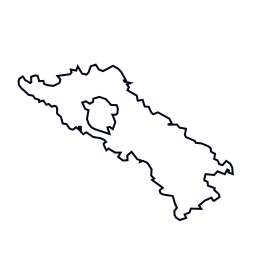 the border of Flemish Brabant, rotated 41°
{"feature_id": "BEL-3475", "entity_name": "Flemish Brabant", "entity_type": "Province", "adm_level": 1, "iso_a3": "BEL", "parent_name": "Belgium", "parent_adm1": "", "projection": "robinson", "projection_center": [4.536, 50.87], "detail": "fine", "context": "isolated", "style": "outline", "palette": "ink", "viewbox_px": 256, "rotation_deg": 41, "n_neighbors": 0, "source": "natural_earth", "source_scale": "10m", "svg_char_len": 2256}
<svg xmlns="http://www.w3.org/2000/svg" viewBox="0 0 256 256"><g transform="rotate(41 128 128)"><path d="M51.0,164.1L46.2,162.8L43.7,166.5L42.5,165.0L38.3,166.8L35.0,165.9L31.4,168.1L20.7,167.9L17.0,166.8L14.5,164.2L13.7,161.8L14.9,158.1L19.0,159.3L24.7,158.1L25.0,156.9L21.3,152.9L23.6,149.0L25.7,148.0L30.3,150.9L33.3,147.9L35.8,149.7L38.8,148.7L44.1,145.2L46.7,139.0L45.1,135.7L40.6,135.0L48.9,125.5L49.0,123.2L46.5,121.4L51.2,118.7L49.6,114.4L57.7,117.1L61.7,114.8L61.8,112.0L59.4,105.8L62.1,101.4L67.7,103.0L71.8,101.5L75.9,90.9L81.9,89.7L86.2,90.2L94.9,93.3L93.7,94.9L94.8,95.4L100.3,92.4L98.6,95.8L101.9,96.6L102.8,99.9L113.4,97.8L117.4,101.0L120.6,97.2L126.5,100.8L129.7,98.4L135.3,101.0L138.0,101.1L140.3,96.6L153.1,93.8L157.8,95.9L155.8,99.4L162.7,93.3L166.6,93.9L172.3,90.5L175.3,95.7L177.6,96.9L186.7,93.9L188.9,94.7L193.6,91.4L200.4,89.2L203.7,89.0L206.1,91.4L210.6,90.4L213.4,94.8L217.0,93.7L220.6,95.5L223.7,93.9L223.7,88.4L228.6,87.9L232.5,89.3L237.3,94.1L232.9,95.6L232.0,93.8L230.2,94.2L231.4,99.4L224.0,102.0L223.9,106.9L216.8,111.9L219.2,116.7L220.3,117.4L223.3,116.4L226.2,119.0L233.0,116.5L233.6,118.2L239.8,118.3L242.3,120.0L240.8,126.2L240.0,126.9L236.6,125.9L233.6,132.4L232.4,139.9L236.3,141.0L228.4,147.5L229.8,151.6L227.5,156.1L230.9,157.7L227.5,163.5L222.9,164.1L220.2,163.1L217.3,160.1L217.3,156.2L213.0,154.2L206.4,150.0L197.7,155.4L195.1,155.8L192.8,154.3L193.4,150.3L180.2,151.4L180.9,149.0L176.7,148.7L172.9,143.7L165.5,141.6L160.8,143.0L159.3,145.8L158.6,144.1L155.5,145.5L146.3,143.6L145.6,149.3L148.8,152.7L145.4,155.9L139.5,156.2L138.6,151.4L134.4,155.0L126.7,156.4L126.3,159.1L120.7,156.6L119.8,155.5L120.6,152.9L118.0,152.6L114.1,153.6L107.7,157.6L99.3,158.6L98.3,162.0L94.9,161.8L91.6,158.1L90.3,159.2L92.1,161.4L88.3,161.5L87.8,164.9L86.6,166.0L84.0,166.7L79.2,165.4L75.7,167.4L70.0,163.6L65.2,163.7L61.4,159.5L59.7,158.9L57.9,159.5L56.6,161.9L52.4,161.9L51.0,164.1ZM118.0,144.6L112.1,141.1L113.6,139.2L117.3,138.8L114.5,131.8L107.5,128.2L110.2,125.9L110.3,123.8L107.6,120.0L104.5,118.2L100.0,121.7L92.4,120.7L86.0,123.3L82.6,128.6L84.4,131.1L83.3,134.8L78.8,135.4L76.7,138.8L83.3,141.7L86.5,140.4L91.2,148.2L96.0,150.8L99.9,151.4L103.6,150.7L118.0,144.6Z" fill="none" stroke="#020617" stroke-width="2"/></g></svg>